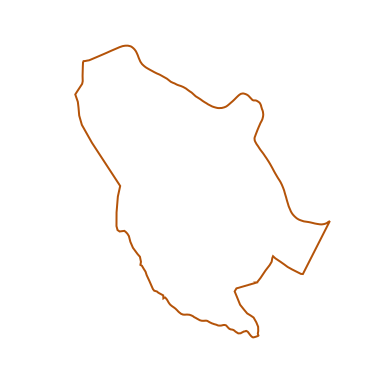 Beauchamp, Micoud, Saint Lucia, rotated 16°
{"feature_id": "8701671B84813542366979", "entity_name": "Beauchamp", "entity_type": "district", "adm_level": 2, "iso_a3": "LCA", "parent_name": "Saint Lucia", "parent_adm1": "Micoud", "projection": "robinson", "projection_center": [-60.914, 13.818], "detail": "fine", "context": "isolated", "style": "outline", "palette": "amber", "viewbox_px": 384, "rotation_deg": 16, "n_neighbors": 0, "source": "geoboundaries", "source_scale": "gbopen_adm2", "svg_char_len": 5979}
<svg xmlns="http://www.w3.org/2000/svg" viewBox="0 0 384 384"><g transform="rotate(16 192 192)"><path d="M193.8,302.1L194.2,301.6L194.4,301.3L194.6,301.2L194.8,301.0L195.1,300.8L195.6,301.0L195.9,301.2L196.4,301.5L196.9,301.9L197.2,302.0L197.4,302.2L197.6,302.4L197.9,302.6L198.6,303.3L198.8,303.5L199.0,303.7L199.7,304.4L199.9,304.6L200.1,304.8L200.4,305.0L201.0,305.5L201.4,305.8L201.8,306.1L202.2,306.3L202.7,306.6L203.0,306.7L203.7,307.0L204.4,307.3L204.7,307.4L205.0,307.5L205.6,307.7L206.3,307.9L207.2,308.3L208.1,308.6L208.5,308.8L209.0,309.1L209.8,309.5L210.3,309.8L210.8,310.1L211.0,310.2L211.2,310.3L211.4,310.5L211.6,310.6L211.8,310.7L212.2,310.9L212.4,311.0L212.7,311.1L213.0,311.3L213.3,311.4L213.6,311.5L214.2,311.7L214.4,311.8L214.8,312.0L215.1,312.1L215.4,312.2L215.6,312.2L216.1,312.2L216.4,312.2L216.8,312.3L217.1,312.3L217.3,312.2L217.6,312.2L217.8,312.2L218.5,312.0L218.8,311.9L219.0,311.9L219.3,311.8L219.8,311.6L220.1,311.5L220.4,311.4L220.9,311.2L221.9,311.0L222.1,311.0L222.4,310.9L223.3,310.7L223.6,310.7L225.0,310.8L225.4,310.8L226.4,311.0L226.9,311.1L227.4,311.2L228.3,311.6L228.6,311.7L228.9,311.7L229.2,311.8L229.7,311.9L230.0,312.0L230.4,312.0L230.6,312.1L231.7,312.4L232.0,312.4L232.4,312.5L232.6,312.6L233.0,312.7L233.3,312.7L233.6,312.8L233.9,312.9L234.4,313.0L234.8,313.1L235.1,313.1L236.6,313.1L236.8,313.1L237.2,313.0L237.5,312.9L238.0,312.8L238.2,312.7L238.8,312.6L239.0,312.5L239.3,312.4L239.7,312.2L240.0,312.2L240.3,312.0L241.1,311.8L241.3,311.8L241.7,311.7L242.4,311.7L243.1,311.9L243.4,312.0L243.6,312.0L244.1,312.2L244.4,312.2L244.8,312.3L245.2,312.4L245.5,312.5L245.8,312.5L246.3,312.6L247.1,312.7L247.4,312.8L248.0,312.8L248.4,312.8L249.2,312.9L249.6,312.9L250.4,312.9L250.7,312.9L251.0,312.9L251.6,312.9L251.9,312.9L252.2,312.9L252.4,312.9L252.7,313.0L253.6,313.1L254.0,313.1L254.6,313.0L255.8,312.7L256.0,312.6L256.5,312.5L256.7,312.4L257.3,312.1L257.8,311.8L258.1,311.6L258.4,311.5L258.7,311.3L258.9,311.2L259.2,311.1L259.6,311.0L259.9,310.9L260.1,310.8L260.4,310.8L261.1,310.8L261.4,310.8L261.8,311.0L262.3,311.3L263.1,311.8L263.6,312.1L264.2,312.5L265.0,312.9L265.3,313.1L265.6,313.1L265.8,313.2L266.0,313.3L266.6,313.3L267.2,313.4L267.7,313.3L268.2,313.2L268.6,313.2L268.8,313.2L269.1,313.2L269.4,313.2L269.7,313.2L270.1,313.3L270.4,313.4L271.0,313.6L272.0,314.1L272.3,314.2L272.9,314.4L273.2,314.5L273.4,314.6L273.6,314.6L273.9,314.7L274.1,314.8L274.4,314.8L274.7,314.9L274.9,315.0L275.1,315.1L275.4,315.1L275.7,315.1L276.1,314.9L276.5,314.8L276.8,314.7L277.7,314.4L277.9,314.2L278.3,313.7L278.6,313.5L278.8,313.3L279.0,313.0L279.3,312.8L279.5,312.6L279.7,312.4L280.1,312.0L280.5,311.7L280.8,311.6L281.4,311.3L281.6,311.2L281.8,311.0L282.0,310.8L282.2,310.7L282.4,310.6L282.9,310.7L283.1,310.7L283.3,310.8L283.8,310.9L284.0,311.0L284.3,311.1L284.6,311.3L284.8,311.5L285.0,311.7L285.3,311.8L285.5,312.0L285.9,312.3L286.1,312.5L286.9,313.1L287.1,313.2L287.6,313.6L288.4,314.1L288.8,314.3L289.4,314.6L289.7,314.7L290.0,314.8L290.3,314.9L290.5,314.9L290.8,314.9L291.0,314.8L291.4,314.7L291.8,314.4L292.2,314.2L292.7,313.9L293.6,313.3L293.9,313.1L294.4,312.7L294.7,312.5L295.0,312.3L295.1,312.1L295.4,311.7L294.3,310.0L294.0,307.4L292.7,303.3L289.7,299.5L285.8,295.7L282.5,294.6L278.5,293.5L274.5,290.8L269.3,287.1L264.3,280.7L260.4,275.8L261.3,272.4L278.8,261.4L278.5,261.3L279.4,261.0L281.5,255.9L284.3,247.2L286.8,240.9L287.8,237.1L287.4,233.4L287.6,231.4L290.4,232.8L296.3,234.7L300.6,236.2L304.6,237.7L309.8,238.9L319.3,240.7L321.2,240.3L332.5,181.9L331.5,183.1L330.8,183.8L330.6,184.2L329.7,185.1L328.3,186.1L327.2,186.7L325.6,187.4L324.0,187.8L320.9,188.2L318.9,188.4L316.1,188.5L314.1,188.6L312.0,188.8L309.8,189.1L307.6,189.4L305.1,189.3L303.5,189.2L302.0,189.0L299.9,188.4L298.6,187.8L297.2,187.1L295.4,186.0L294.7,185.5L293.5,184.5L292.3,183.3L291.2,181.9L290.2,180.7L288.9,179.1L287.1,176.3L285.3,173.5L284.0,171.3L281.8,167.9L280.1,165.1L278.4,162.8L276.4,160.3L274.4,158.1L272.9,156.7L270.7,154.8L268.9,153.1L266.8,151.1L264.9,149.2L262.5,146.7L259.9,144.1L257.9,142.2L253.9,138.7L252.4,137.5L251.0,136.3L249.5,135.1L246.4,132.8L244.7,131.4L242.9,129.8L240.9,128.2L239.0,126.3L238.1,125.2L237.3,123.2L237.2,122.1L237.3,121.2L237.4,119.5L237.6,117.2L237.8,114.9L238.2,111.4L238.5,109.1L238.8,106.8L239.3,104.6L239.6,102.5L239.5,99.9L239.2,98.1L238.7,96.8L238.0,95.2L237.1,93.8L236.4,93.0L235.8,92.0L235.0,90.8L234.5,89.8L233.5,88.6L232.3,87.5L230.9,87.0L229.7,86.6L228.2,86.4L227.2,86.6L226.4,86.9L225.7,87.0L224.8,86.9L223.9,86.4L223.1,85.9L222.2,85.4L221.1,84.7L219.5,83.8L217.9,83.3L216.4,83.1L214.6,83.1L214.0,83.2L213.1,83.5L212.9,83.7L211.9,84.2L211.2,85.0L210.7,85.6L210.2,86.3L209.3,87.8L208.5,89.2L207.3,91.4L206.0,93.6L205.0,95.1L203.6,97.3L202.3,99.2L201.2,100.5L199.7,101.7L197.5,103.0L196.3,103.4L194.9,103.9L193.5,104.2L191.6,104.3L189.5,104.3L187.8,104.2L185.8,103.8L183.3,103.3L181.4,102.7L179.4,102.2L177.1,101.5L174.7,100.6L172.4,99.9L169.2,99.0L166.6,97.7L164.2,96.5L162.2,95.9L159.7,95.0L157.7,94.2L154.7,93.5L152.3,93.2L149.3,93.1L147.5,92.9L145.2,92.4L143.7,92.3L141.3,91.9L136.7,90.0L128.6,88.1L125.4,87.7L123.8,87.4L122.3,87.1L120.6,86.7L118.3,86.2L115.8,85.6L113.5,85.0L111.7,84.3L110.4,83.7L108.7,82.8L107.6,81.9L106.4,80.9L105.5,79.8L104.0,78.0L102.1,75.4L100.5,73.5L99.3,72.2L97.5,70.8L96.1,70.0L94.5,69.3L93.1,68.9L91.9,68.9L90.1,69.0L87.4,69.8L85.1,70.9L82.5,72.7L79.2,75.4L75.4,78.5L71.5,81.8L64.3,87.7L58.0,92.8L56.7,93.8L54.8,94.7L53.3,95.5L51.7,96.1L51.7,96.6L51.5,97.4L52.5,101.6L54.8,110.5L56.4,115.6L56.6,118.3L56.2,119.6L53.9,127.0L52.9,130.4L57.4,136.8L59.7,142.3L62.5,149.6L67.6,157.8L82.2,172.2L121.3,206.0L122.0,216.9L125.1,232.4L128.8,245.6L130.9,249.1L133.3,249.9L137.7,248.0L139.4,248.7L141.4,249.9L143.5,251.8L146.5,256.9L150.6,261.9L156.7,266.6L159.8,268.6L162.2,273.2L162.5,276.3L164.2,276.7L166.6,279.0L169.3,281.4L171.4,284.5L175.4,289.1L181.2,296.1L182.9,297.3L185.7,297.3L187.4,298.1L192.8,299.3L193.8,302.1Z" fill="none" stroke="#b45309" stroke-width="2"/></g></svg>